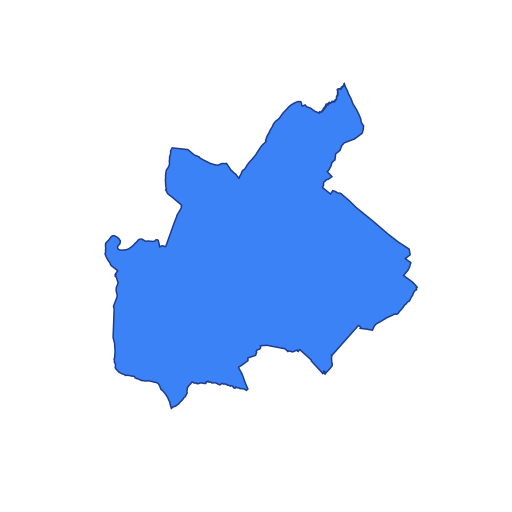 Mandra, Brasov, Romania, rotated 229°
{"feature_id": "2599482B32750582414869", "entity_name": "Mandra", "entity_type": "district", "adm_level": 2, "iso_a3": "ROU", "parent_name": "Romania", "parent_adm1": "Brasov", "projection": "robinson", "projection_center": [25.054, 45.815], "detail": "fine", "context": "isolated", "style": "filled", "palette": "blue", "viewbox_px": 512, "rotation_deg": 229, "n_neighbors": 0, "source": "geoboundaries", "source_scale": "gbopen_adm2", "svg_char_len": 6118}
<svg xmlns="http://www.w3.org/2000/svg" viewBox="0 0 512 512"><g transform="rotate(229 256 256)"><path d="M328.3,435.8L328.3,435.5L327.9,435.5L328.0,435.2L328.3,435.2L327.4,434.8L327.0,434.1L327.3,434.1L327.3,433.8L326.9,433.5L327.2,433.2L326.8,432.8L327.4,432.0L327.4,431.7L326.9,431.8L326.9,431.4L326.7,431.1L326.9,430.7L326.7,430.6L326.9,430.2L326.5,430.0L327.1,429.8L327.1,429.5L326.7,429.5L326.7,428.8L327.2,428.5L327.5,428.6L327.9,428.2L328.2,427.8L328.4,426.7L328.0,426.1L326.7,426.0L326.6,425.6L325.6,425.1L325.8,424.8L325.1,424.5L325.1,424.2L324.4,423.8L324.5,423.5L323.8,423.4L323.6,423.1L323.8,422.0L323.5,421.9L323.6,421.5L322.9,421.1L322.7,420.5L321.4,419.5L321.8,419.1L321.8,418.1L321.5,418.0L321.6,417.6L321.2,417.6L321.2,417.3L321.4,417.3L321.2,416.9L321.3,416.6L320.9,416.4L321.2,416.1L321.1,415.8L321.4,415.2L322.1,415.0L322.3,415.3L322.5,414.9L322.2,414.7L322.3,414.5L322.8,414.6L322.7,414.0L323.0,413.6L322.6,413.8L322.4,412.6L323.3,412.8L322.6,412.2L323.0,411.9L323.3,412.2L323.7,411.9L323.7,412.1L323.9,412.1L323.9,410.6L323.4,410.0L322.9,410.1L322.7,409.7L322.9,409.4L323.0,409.6L323.8,409.4L323.5,409.0L323.6,408.5L323.9,408.7L324.5,408.6L324.1,407.6L323.4,407.7L323.0,407.3L323.2,406.8L323.7,407.1L323.7,406.7L322.8,406.3L323.0,406.1L322.7,405.9L322.4,404.6L323.0,404.7L322.5,403.7L322.1,403.5L322.2,403.1L322.9,403.3L322.7,402.8L321.8,402.3L322.3,401.9L322.3,401.3L322.0,401.0L322.3,400.6L322.2,400.0L321.6,399.9L321.7,399.6L323.1,398.6L322.3,397.8L322.4,397.3L323.5,397.0L326.7,395.3L331.8,394.2L333.2,393.3L334.3,392.9L334.4,392.5L334.8,392.1L337.8,392.2L338.7,389.4L339.4,389.3L341.8,390.7L343.2,391.0L344.7,389.4L345.4,388.1L346.3,385.4L347.0,381.5L347.1,379.0L346.4,373.1L346.3,370.8L344.6,363.7L344.8,358.9L344.2,356.0L343.9,355.0L343.1,353.8L342.0,350.2L340.7,347.0L339.9,345.9L339.9,344.7L338.7,342.0L337.9,341.0L337.0,339.1L335.8,338.7L335.5,332.6L333.5,325.1L332.5,322.1L331.5,315.9L331.3,313.2L330.5,309.1L329.5,306.4L329.0,304.0L329.3,302.5L329.1,301.3L328.7,300.2L328.0,299.3L326.6,295.5L325.9,294.6L325.9,294.1L329.3,294.2L330.7,294.5L332.4,294.0L337.5,293.5L345.2,294.5L346.4,292.8L347.8,291.4L348.5,290.2L349.1,287.8L349.8,286.5L351.6,285.0L355.4,282.5L364.2,278.8L367.6,277.8L367.8,278.1L368.6,277.9L372.8,275.7L381.0,274.4L392.6,263.7L391.3,260.4L390.6,259.9L388.6,257.9L387.8,256.1L385.4,253.9L384.6,252.9L382.4,251.3L382.0,250.8L381.0,249.3L380.2,247.1L379.7,244.9L378.8,243.6L375.7,240.1L374.4,239.3L373.2,237.8L367.9,233.7L365.0,232.1L364.8,231.5L365.9,231.2L364.8,231.2L361.4,230.3L359.7,230.4L356.1,231.2L343.2,233.2L342.4,232.0L341.4,231.5L338.7,223.3L337.3,221.1L335.8,218.0L322.4,194.1L322.6,193.7L324.7,192.4L325.5,191.6L326.0,189.3L326.6,189.5L328.1,190.5L331.4,192.2L332.3,192.4L333.0,192.1L333.7,191.4L333.9,190.8L333.7,189.2L334.6,187.8L338.2,184.3L339.6,182.3L343.6,181.0L345.2,178.9L345.3,177.5L344.8,174.5L345.0,173.5L344.6,170.8L344.5,169.1L344.9,164.6L345.8,162.3L347.1,160.3L349.7,157.2L351.4,156.5L353.4,157.1L354.1,158.1L354.5,161.3L356.3,163.5L359.3,163.9L361.4,163.5L364.1,162.5L364.9,161.7L365.5,160.6L365.5,158.8L364.8,156.5L364.3,150.9L363.3,150.1L363.3,149.8L360.1,147.3L358.7,145.8L357.9,145.4L356.8,143.7L356.3,143.3L353.0,142.2L349.3,141.4L346.8,141.3L344.7,140.5L343.1,140.5L335.7,142.0L334.4,137.6L333.6,137.9L333.4,136.5L331.5,136.6L327.2,134.7L326.3,134.6L323.6,129.5L321.3,127.5L317.9,125.8L316.2,124.2L311.6,115.5L309.1,114.2L288.3,94.7L282.8,91.9L276.5,87.1L272.3,82.9L271.3,81.2L270.2,80.8L269.0,79.6L268.4,79.3L266.7,79.1L264.8,77.4L264.1,76.4L263.1,76.2L258.3,76.3L255.1,77.6L253.2,78.7L251.5,79.1L251.0,80.0L248.7,82.2L247.0,83.3L245.2,85.1L244.2,85.1L243.2,84.8L242.5,85.3L241.8,85.4L240.9,86.3L237.0,87.9L236.1,89.0L235.0,89.7L231.9,93.4L225.5,98.0L224.0,98.5L221.3,98.1L217.8,96.8L215.1,97.2L210.7,97.1L206.8,96.4L202.0,94.9L200.2,93.8L196.5,92.1L196.4,94.6L195.5,96.6L195.1,100.9L195.4,101.6L195.7,106.3L196.4,108.9L196.2,110.2L197.8,114.2L199.3,115.1L199.9,115.8L200.3,116.6L201.8,117.9L201.8,119.3L202.3,120.2L202.3,121.9L202.9,125.2L200.6,126.0L199.6,127.4L198.7,127.4L197.3,129.0L196.6,131.0L193.0,134.0L193.0,135.6L193.6,135.9L192.9,137.7L191.7,137.7L190.3,139.3L189.3,139.3L186.5,142.6L185.9,142.6L182.7,144.0L182.2,144.8L182.2,146.9L180.5,147.5L179.9,148.7L179.3,148.7L178.4,149.6L177.3,149.6L175.4,151.2L174.5,151.3L174.2,152.5L172.4,153.2L171.6,152.6L170.0,153.3L170.3,154.8L169.2,155.1L167.3,156.8L166.3,157.0L165.2,158.3L163.4,159.8L160.9,160.6L160.9,162.6L167.8,164.8L174.3,167.4L176.9,168.3L182.0,169.3L183.5,170.0L182.9,173.7L182.3,181.3L184.4,182.9L181.3,190.5L183.0,193.4L183.7,193.4L184.4,195.0L183.3,197.7L183.7,199.2L185.4,200.5L181.3,205.8L167.6,216.5L167.4,217.0L163.0,217.4L163.1,217.9L162.3,218.8L159.5,220.8L158.1,225.3L157.1,224.9L156.2,225.2L156.7,227.6L141.4,229.5L140.4,228.9L123.5,229.3L123.7,230.6L121.6,230.6L121.8,231.4L124.5,231.4L124.6,231.8L121.9,232.0L122.5,238.0L123.2,241.4L124.2,242.6L126.1,243.5L128.0,244.9L130.4,246.9L130.9,248.0L131.7,248.0L131.4,249.3L131.7,252.2L136.4,287.7L134.2,288.3L133.7,288.0L133.0,288.0L132.9,287.3L128.0,291.7L123.6,295.2L125.5,299.3L125.9,302.6L125.1,305.5L123.6,314.3L122.0,319.3L121.5,321.6L120.7,323.1L119.6,324.1L119.4,325.7L119.9,327.3L120.7,333.4L121.5,335.5L121.3,337.2L121.8,340.1L121.4,342.2L123.1,346.3L123.6,348.5L124.2,349.2L125.2,351.7L125.6,353.7L125.2,354.8L125.6,355.6L126.5,355.8L127.0,356.2L126.8,357.2L133.0,357.1L144.5,354.6L145.5,361.1L147.2,365.2L148.2,366.3L149.4,368.5L156.1,366.9L155.9,371.4L155.7,372.6L156.1,373.4L160.8,376.1L173.0,372.6L185.9,370.0L205.2,367.2L227.1,363.4L236.1,362.7L247.2,361.1L248.5,360.5L249.5,359.2L252.7,358.2L255.0,356.8L253.9,352.9L264.0,351.1L265.0,353.3L266.9,355.0L267.1,355.5L267.3,359.4L266.4,361.0L266.1,365.4L272.9,365.1L273.0,367.1L274.7,371.7L276.6,374.4L276.9,378.0L276.7,378.6L280.8,383.1L280.6,388.7L283.0,393.0L283.5,396.9L279.7,407.1L279.6,407.9L279.0,416.3L279.2,417.1L281.3,420.1L283.7,422.6L285.7,422.7L288.3,423.4L291.0,425.1L295.6,426.6L300.3,427.8L307.7,429.1L312.2,430.9L317.8,432.2L320.5,433.3L325.2,434.5L328.3,435.8Z" fill="#3b82f6" stroke="#1e3a8a" stroke-width="1.5"/></g></svg>